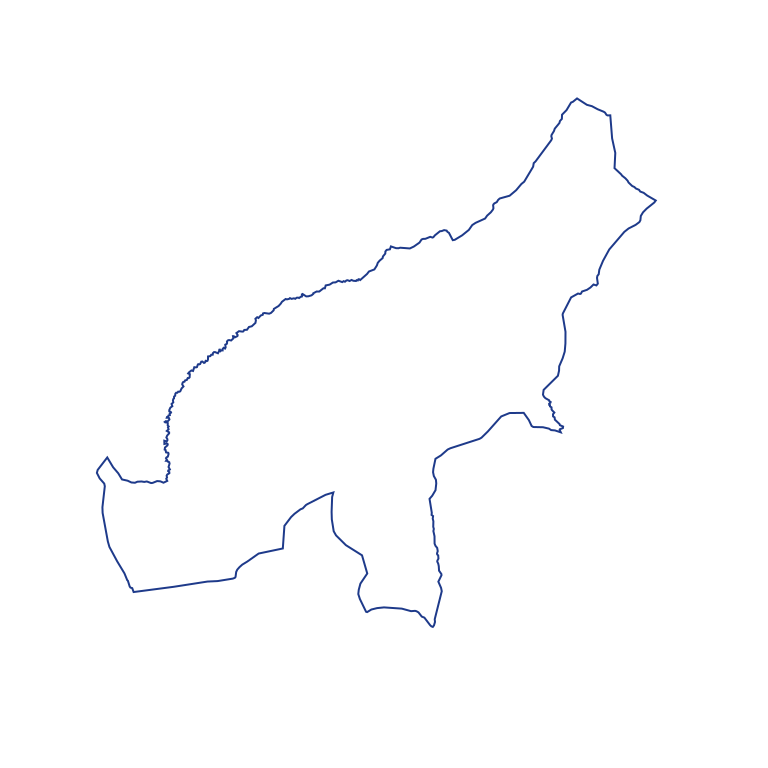 Djolu, Équateur, Democratic Republic of the Congo (Albers equal-area conic projection), rotated 260°
{"feature_id": "63176286B56364191841329", "entity_name": "Djolu", "entity_type": "district", "adm_level": 2, "iso_a3": "COD", "parent_name": "Democratic Republic of the Congo", "parent_adm1": "Équateur", "projection": "albers", "projection_center": [22.514, 0.679], "detail": "fine", "context": "isolated", "style": "outline", "palette": "blue", "viewbox_px": 768, "rotation_deg": 260, "n_neighbors": 0, "source": "geoboundaries", "source_scale": "gbopen_adm2", "svg_char_len": 6150}
<svg xmlns="http://www.w3.org/2000/svg" viewBox="0 0 768 768"><g transform="rotate(260 384 384)"><path d="M305.7,549.7L308.4,549.0L308.9,549.3L309.5,552.5L311.0,553.0L312.9,550.1L314.1,549.9L319.2,546.1L321.5,546.2L322.7,544.9L324.9,545.2L326.3,546.8L328.9,545.0L329.9,544.6L331.9,544.9L333.1,543.6L334.4,543.8L334.7,543.1L335.9,543.2L336.7,544.7L337.3,545.0L338.3,543.9L339.3,543.8L342.0,540.5L343.8,539.3L345.9,538.7L350.5,540.2L361.9,556.7L366.7,558.7L371.0,559.6L378.3,564.4L384.5,567.6L392.4,569.7L403.9,571.8L421.1,571.9L422.4,572.4L436.8,583.3L439.4,590.8L438.6,592.7L438.8,593.6L440.7,595.1L441.5,600.3L443.2,604.1L445.6,607.6L444.2,610.3L445.7,612.0L451.5,612.2L453.4,612.9L454.8,614.5L459.2,615.9L467.3,621.1L477.4,629.2L492.1,647.1L494.7,651.9L497.0,659.4L499.1,663.6L500.7,664.9L504.9,666.1L508.1,668.9L511.1,673.1L515.8,681.7L517.5,683.5L523.9,675.9L527.2,672.9L529.0,669.8L531.0,668.8L532.8,666.0L534.5,664.8L535.9,662.8L540.0,659.8L541.9,659.2L544.7,657.4L548.0,654.5L549.1,654.1L556.5,648.5L571.4,651.9L586.3,651.3L609.3,653.5L609.7,650.7L610.5,649.8L612.9,648.8L614.0,647.6L617.5,642.1L621.5,637.0L623.7,632.3L631.7,623.7L629.1,619.0L628.7,617.1L622.0,611.3L618.3,606.1L614.2,605.2L612.4,602.9L610.6,602.1L605.8,596.5L603.6,595.3L600.2,592.3L599.0,591.8L596.5,592.0L595.0,591.0L576.9,571.9L575.5,569.8L572.1,568.6L558.9,557.2L557.1,554.0L551.9,547.8L547.6,540.4L546.6,530.2L545.5,528.4L543.5,526.6L542.7,524.0L541.8,522.9L541.1,522.5L538.1,522.3L536.9,521.6L534.6,519.1L531.9,514.8L529.4,512.3L526.8,502.2L525.2,498.5L521.0,494.3L516.8,486.7L513.7,478.7L513.7,476.7L521.6,474.2L522.8,472.9L524.2,472.3L525.1,469.9L524.6,467.5L524.7,465.6L521.6,460.0L520.0,458.1L519.8,457.2L520.9,455.1L519.8,450.0L520.1,447.7L519.8,446.1L517.1,443.5L514.2,437.3L513.0,433.0L515.4,423.6L515.2,421.7L515.7,419.4L518.3,414.7L515.6,413.2L515.6,409.9L514.3,408.4L512.2,407.9L509.8,405.1L508.2,404.5L506.3,401.2L504.4,398.9L502.0,397.6L498.5,394.4L497.4,388.7L495.3,386.4L490.5,378.6L491.6,377.5L491.5,376.9L490.5,376.2L491.0,375.0L490.3,374.3L491.0,371.7L492.1,370.1L491.4,368.0L492.5,366.2L492.5,365.0L491.5,363.3L492.3,362.1L491.6,360.6L493.6,357.0L492.5,354.0L492.8,351.3L491.3,347.7L491.2,343.7L488.5,342.4L488.8,341.0L486.3,336.3L486.8,333.7L485.6,330.1L485.0,330.0L483.9,328.0L483.5,324.5L483.8,322.6L486.8,319.4L486.5,318.7L485.0,318.8L484.3,318.2L484.5,317.4L483.4,315.3L484.0,314.4L484.1,312.9L483.3,311.4L484.0,310.2L483.9,307.7L484.9,306.3L484.3,305.3L484.2,303.1L484.8,301.9L482.7,297.8L481.0,296.2L479.1,293.7L477.1,288.6L475.7,288.1L473.6,285.0L473.2,283.1L474.7,278.5L474.5,277.1L473.2,276.6L472.9,274.6L470.8,271.8L471.8,270.7L470.6,268.7L468.9,268.9L466.5,268.0L463.8,263.8L463.6,260.9L461.2,258.5L461.5,255.8L460.2,254.6L460.2,253.6L461.2,250.4L459.8,247.5L457.6,248.4L456.6,247.9L455.9,245.5L457.2,244.3L457.3,243.6L455.1,243.6L453.4,241.0L454.2,239.0L454.0,237.7L453.1,236.7L451.6,236.6L450.8,236.1L450.3,234.5L447.5,234.4L446.5,233.6L447.5,232.5L446.7,231.3L445.1,230.9L445.4,229.8L444.8,228.7L446.4,228.3L446.4,227.8L445.0,227.3L443.1,225.8L444.8,223.1L444.9,222.0L444.1,220.9L442.6,220.4L442.8,218.9L441.6,217.8L441.7,215.5L438.7,214.9L437.5,214.2L437.3,213.4L437.8,212.4L436.2,211.3L436.0,210.4L437.7,209.0L437.7,207.9L435.6,206.4L435.4,205.4L435.8,204.5L435.4,204.0L433.1,202.7L433.0,201.7L433.5,200.1L430.0,198.2L430.8,196.7L429.2,193.8L428.4,193.0L427.4,194.5L424.3,193.7L423.7,192.8L423.9,191.7L422.2,190.5L422.1,188.8L420.9,187.9L420.9,186.7L419.9,185.7L418.6,185.2L416.4,186.1L414.8,183.9L412.2,182.1L411.9,181.2L412.2,180.0L411.3,179.0L411.5,177.8L410.6,176.8L408.7,176.3L408.1,175.1L406.3,174.7L405.9,174.0L404.6,173.3L402.5,173.3L401.2,171.3L398.9,171.7L397.8,169.5L395.6,168.0L394.3,167.8L393.6,169.1L392.8,169.3L392.0,167.8L390.5,167.7L390.4,166.3L389.4,165.8L389.2,164.6L388.5,164.2L388.2,165.8L387.7,166.4L386.3,166.5L384.7,164.4L385.3,162.7L384.7,161.5L384.2,161.9L383.9,163.5L383.1,164.3L380.7,163.8L379.6,164.6L378.8,163.7L376.8,164.0L375.5,162.0L373.7,164.0L372.7,163.8L370.9,161.5L369.1,160.4L367.3,161.1L366.1,160.9L365.2,160.0L366.3,157.8L363.1,157.3L363.2,159.7L362.5,160.5L361.9,160.5L361.1,160.0L359.5,157.3L357.5,156.6L357.0,157.4L354.5,157.5L353.7,159.6L352.5,159.7L350.0,158.5L349.5,157.1L348.8,156.4L347.2,157.0L346.2,156.1L345.9,157.4L345.2,157.5L344.3,158.9L342.8,159.0L339.7,157.4L337.0,158.3L336.3,156.5L335.6,156.3L334.5,157.3L333.4,157.1L332.5,154.8L331.4,154.0L329.6,154.1L328.5,153.1L326.2,153.7L325.1,149.7L327.0,146.8L327.8,143.7L326.8,139.0L326.9,137.4L329.2,133.5L329.2,130.9L330.1,128.3L330.6,124.2L330.0,121.6L330.9,118.1L333.3,114.7L335.5,109.4L342.2,106.8L349.0,102.8L359.7,98.7L349.1,87.1L346.3,85.8L340.4,87.6L334.5,91.2L331.8,91.3L311.5,85.3L305.9,84.5L276.9,84.7L271.2,85.3L255.8,90.4L242.6,95.5L235.3,97.1L234.8,97.6L228.7,98.4L227.5,99.0L226.7,100.6L222.6,101.3L220.8,141.7L220.1,175.9L218.8,186.0L218.6,201.3L219.0,203.4L219.8,204.3L224.6,205.8L226.7,207.3L228.7,209.8L230.7,213.0L232.9,218.6L238.8,231.1L239.6,255.8L261.6,261.3L269.1,269.4L271.7,273.3L275.1,280.0L275.6,282.4L278.3,286.0L279.0,287.7L285.0,307.2L286.0,315.3L281.7,313.3L267.2,310.2L259.7,309.1L247.7,308.9L243.2,310.5L231.9,318.5L219.1,332.6L200.3,334.6L191.5,326.1L185.7,323.4L181.6,322.2L176.5,322.9L162.8,326.8L162.3,327.8L164.1,332.4L164.5,338.2L164.0,345.2L159.7,362.5L155.6,371.2L155.2,375.2L154.6,376.5L153.1,378.3L148.4,380.8L146.9,383.2L138.4,387.6L137.1,388.6L136.3,389.9L137.6,391.3L140.8,392.9L143.5,393.1L169.9,404.9L173.3,404.8L179.9,403.2L185.7,407.4L186.9,407.5L190.6,405.8L195.1,406.3L197.7,406.2L199.8,405.6L200.8,405.9L202.6,407.3L205.8,407.6L206.9,406.8L208.0,406.8L210.1,407.9L213.4,407.9L215.7,406.6L218.0,406.1L225.3,407.3L230.6,407.1L232.6,407.9L234.8,407.7L240.3,408.8L242.9,408.6L245.4,409.4L246.8,408.1L248.9,408.7L263.0,408.9L265.6,412.1L270.5,416.3L277.0,418.2L280.7,418.5L284.7,417.1L288.6,417.0L291.9,417.9L301.4,421.7L303.8,427.7L308.4,435.3L309.2,438.2L313.4,468.5L314.2,470.7L319.2,478.0L331.7,493.8L333.6,502.6L331.3,516.6L323.3,520.4L317.0,522.1L315.7,523.6L313.8,533.1L311.4,538.7L309.6,540.6L308.6,544.3L305.7,549.7Z" fill="none" stroke="#1e3a8a" stroke-width="2"/></g></svg>